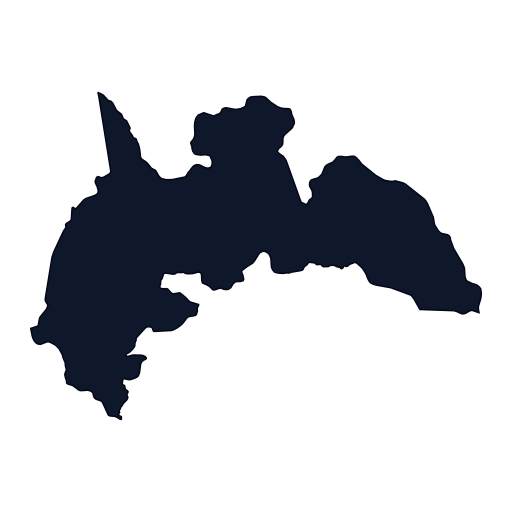 the border of Brong Ahafo
{"feature_id": "GHA-2159", "entity_name": "Brong Ahafo", "entity_type": "Region", "adm_level": 1, "iso_a3": "GHA", "parent_name": "Ghana", "parent_adm1": "", "projection": "albers", "projection_center": [-1.701, 7.588], "detail": "fine", "context": "isolated", "style": "filled", "palette": "ink", "viewbox_px": 512, "rotation_deg": 0, "n_neighbors": 0, "source": "natural_earth", "source_scale": "10m", "svg_char_len": 6039}
<svg xmlns="http://www.w3.org/2000/svg" viewBox="0 0 512 512"><path d="M102.0,177.7L103.8,177.1L109.9,173.5L110.8,171.4L98.6,95.2L97.9,93.0L98.7,92.6L99.1,93.2L100.6,93.6L103.4,95.2L108.8,101.1L109.5,100.8L110.7,101.1L112.6,102.9L116.5,110.4L121.5,114.3L123.4,118.9L126.6,120.9L130.1,128.1L129.2,130.7L130.3,132.9L132.0,134.9L133.4,137.8L135.9,138.7L136.5,139.8L136.7,141.0L138.3,144.0L139.6,148.9L140.6,157.4L141.9,159.2L145.7,161.7L147.6,163.5L151.4,168.2L155.5,170.4L159.0,176.3L161.3,178.5L166.2,179.7L172.1,179.6L184.9,177.0L186.3,175.7L188.5,172.0L189.7,170.9L191.3,168.5L193.6,165.9L196.3,164.6L199.6,164.9L205.0,167.6L207.9,168.2L210.4,167.5L211.8,165.7L212.2,163.2L212.1,160.8L209.9,155.7L205.7,154.7L200.5,155.1L195.4,154.3L194.0,153.1L192.8,151.2L192.1,148.8L191.8,146.4L190.7,143.0L191.3,141.7L193.2,139.5L194.5,136.6L194.9,134.0L194.5,125.8L194.7,122.9L195.3,120.1L196.4,117.4L198.2,115.1L203.7,112.7L213.7,116.0L217.7,114.2L219.4,113.7L220.7,112.4L222.2,109.2L223.8,108.2L225.5,107.8L226.6,107.8L234.5,109.3L235.9,109.4L240.7,108.7L244.5,106.9L245.5,106.0L247.0,100.0L248.3,98.4L250.5,97.0L253.8,96.6L261.0,96.3L264.2,96.8L266.0,97.8L270.6,102.1L277.3,106.6L280.8,108.0L283.7,108.5L288.6,108.7L289.7,109.0L290.4,109.6L291.2,111.6L291.8,114.6L293.8,119.2L294.3,121.4L294.3,123.5L292.4,127.5L291.6,128.5L284.7,134.7L283.9,135.8L283.3,137.0L282.9,138.6L282.8,143.0L282.5,144.6L281.4,146.2L278.9,148.4L278.1,149.5L277.2,151.4L279.3,153.7L283.0,156.1L284.9,158.5L286.3,160.9L300.7,201.2L301.4,202.4L306.4,204.7L308.3,202.2L309.4,199.9L311.9,198.1L312.3,197.4L312.6,195.8L312.4,191.8L311.7,189.9L309.7,186.4L309.5,184.9L309.7,182.4L310.7,180.5L311.8,179.7L317.3,178.1L319.0,177.1L321.9,174.2L324.7,167.3L325.8,165.8L328.1,164.2L332.6,162.3L334.4,160.5L337.0,157.3L337.8,156.7L338.9,156.4L341.3,156.4L345.6,157.0L353.0,156.1L354.6,156.5L356.3,157.6L358.5,159.9L361.8,164.1L375.8,175.4L383.3,179.7L385.7,180.6L391.3,181.4L393.7,181.3L395.1,180.8L402.8,182.8L405.4,184.1L424.3,199.1L425.9,201.0L427.4,203.5L433.3,217.2L434.3,223.5L434.7,224.9L438.4,230.9L440.7,233.0L442.0,233.5L447.5,234.7L449.1,235.7L449.8,236.7L450.4,238.1L450.5,239.8L453.8,248.7L462.8,264.0L464.4,267.9L465.0,276.8L465.9,279.5L467.0,281.0L472.0,283.5L475.7,284.5L477.7,285.6L479.4,287.1L480.7,288.8L481.3,292.9L481.3,294.7L480.7,298.8L478.5,306.0L478.3,308.4L479.0,312.7L472.6,310.5L471.7,310.4L470.8,310.5L468.7,311.4L466.3,312.9L464.3,313.7L462.6,313.9L461.5,313.7L456.9,311.6L454.1,310.7L419.9,309.5L413.9,298.8L411.3,295.4L410.5,295.0L390.7,287.7L376.6,285.2L372.5,283.9L370.5,282.8L369.6,281.8L368.2,279.5L365.8,273.6L362.7,268.6L360.3,266.2L357.1,263.4L355.5,262.5L354.4,262.3L353.3,263.0L350.5,264.0L349.3,264.6L347.3,266.4L345.6,266.4L344.8,265.7L344.2,265.8L342.8,268.0L341.4,268.7L340.9,268.5L340.3,267.5L336.7,266.7L334.1,265.3L330.2,265.4L328.6,266.5L328.0,266.6L323.4,266.7L322.1,265.9L321.0,264.6L320.4,264.3L317.0,264.7L316.3,264.4L315.1,263.1L314.4,262.9L309.4,262.3L308.5,262.6L307.0,264.7L304.3,266.7L303.1,269.3L302.2,270.2L299.7,270.8L291.8,272.1L289.0,273.0L286.4,272.9L283.4,273.4L280.5,273.3L277.3,272.9L274.8,272.2L273.3,270.7L272.5,269.6L271.7,267.7L271.4,266.4L270.9,258.4L269.3,254.5L267.7,252.9L265.8,251.8L264.5,251.3L262.8,251.3L260.3,252.5L258.9,253.9L254.5,260.9L252.8,263.0L246.4,267.1L242.0,270.5L241.6,271.3L241.6,272.0L242.9,275.4L243.7,279.1L243.1,280.7L240.3,281.5L237.2,281.5L235.5,281.9L234.4,282.6L233.0,284.0L230.9,287.5L229.9,288.4L228.1,289.4L225.9,289.6L223.5,289.2L221.5,288.3L220.5,288.2L219.0,288.4L215.3,289.7L214.0,290.0L213.1,289.8L212.4,289.5L210.7,287.5L209.1,286.2L206.1,284.5L202.8,283.2L202.1,282.0L201.8,280.5L201.5,274.5L200.7,272.9L199.6,272.3L197.8,272.2L192.7,273.6L187.6,273.8L185.4,273.4L183.9,272.5L183.2,272.3L181.0,272.6L177.7,272.5L176.8,272.7L174.8,274.0L172.9,274.2L166.5,273.2L164.7,273.2L163.7,273.6L162.1,278.6L160.9,280.1L160.6,281.6L160.6,284.0L159.9,285.9L159.8,287.8L161.4,288.5L163.0,288.8L166.3,288.6L167.7,289.0L171.2,292.9L173.1,293.9L178.9,292.9L180.0,292.9L185.6,297.4L189.1,301.2L190.3,302.0L198.6,304.5L198.5,305.6L197.2,308.0L197.4,311.0L196.4,314.4L195.5,315.3L193.0,316.0L190.1,316.3L187.8,317.1L186.4,318.5L183.2,322.8L181.3,324.8L177.7,327.5L174.0,329.6L171.4,330.5L154.9,331.4L153.6,331.3L153.2,330.7L152.3,328.0L151.7,327.4L150.7,327.0L147.7,326.7L146.8,327.0L145.2,328.1L136.6,337.5L136.1,338.7L136.1,340.2L134.9,343.2L134.8,346.0L133.4,348.3L130.7,351.2L129.2,352.5L126.8,353.7L126.3,354.2L125.9,356.0L126.6,356.3L128.2,356.3L133.0,355.0L139.8,355.1L142.5,355.4L144.0,355.9L145.2,356.6L146.1,357.6L146.3,358.2L146.2,358.8L142.9,360.7L141.4,362.2L140.6,364.3L139.5,372.9L138.3,375.8L137.4,376.8L135.2,378.0L130.9,379.5L129.6,379.7L127.8,379.5L123.4,378.6L123.0,379.0L122.3,382.7L122.4,384.2L122.8,384.7L124.6,385.6L125.3,389.3L127.5,390.8L128.1,391.9L126.8,394.8L127.6,396.6L127.8,397.8L126.9,399.8L123.3,403.5L122.2,405.6L121.0,406.8L120.2,408.9L119.2,410.6L119.6,412.7L118.9,413.6L118.6,414.9L119.4,415.8L120.8,416.3L121.3,416.7L121.5,418.1L121.2,419.4L120.2,419.3L117.2,417.4L115.0,416.4L109.7,415.9L108.3,415.0L102.4,402.2L101.0,400.9L96.0,399.2L94.7,398.1L94.0,397.2L93.5,395.7L92.9,393.0L91.5,391.5L89.8,390.7L87.4,390.2L82.3,390.6L80.5,390.6L79.0,390.2L73.1,385.8L71.9,385.2L68.2,384.2L67.0,383.4L66.6,382.8L66.5,380.7L65.3,377.2L64.8,374.6L65.1,373.1L66.4,369.8L65.3,365.5L65.3,363.1L63.0,357.5L62.3,354.7L59.1,348.7L55.6,345.2L51.5,342.9L49.5,342.1L48.0,341.7L46.6,342.0L40.7,344.3L38.3,344.1L36.6,343.4L34.5,341.3L33.1,338.7L32.2,336.0L30.7,328.4L37.7,326.1L38.3,325.1L39.5,318.3L40.2,316.9L46.4,309.2L47.6,306.5L47.7,304.7L46.2,302.4L45.3,300.5L45.2,299.0L52.0,257.3L53.8,251.8L63.6,230.9L66.0,227.4L65.6,224.9L65.7,224.2L66.9,223.1L69.9,221.3L71.0,220.2L71.4,218.7L72.0,208.5L72.4,207.5L73.3,207.4L74.2,208.0L75.0,209.2L77.2,207.4L83.4,200.3L85.9,198.5L93.9,195.8L96.7,194.4L98.0,192.7L98.2,190.3L97.3,187.0L95.5,183.1L95.2,181.4L95.8,179.2L96.7,177.4L97.6,176.6L98.7,176.7L100.4,177.5L102.0,177.7Z" fill="#0f172a" stroke="#020617" stroke-width="1.5"/></svg>